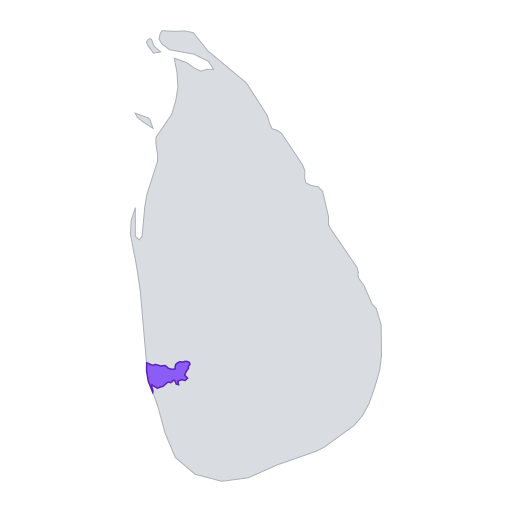 location of Kŏḷamba within Sri Lanka
{"feature_id": "LKA-2470", "entity_name": "Kŏḷamba", "entity_type": "District", "adm_level": 1, "iso_a3": "LKA", "parent_name": "Sri Lanka", "parent_adm1": "", "projection": "albers", "projection_center": [80.037, 6.845], "detail": "fine", "context": "in_parent", "style": "filled", "palette": "violet", "viewbox_px": 512, "rotation_deg": 0, "n_neighbors": 0, "source": "natural_earth", "source_scale": "10m", "svg_char_len": 1990}
<svg xmlns="http://www.w3.org/2000/svg" viewBox="0 0 512 512"><path d="M162.2,30.7L173.3,31.3L185.1,31.0L193.3,32.6L207.5,50.6L246.2,82.7L267.2,115.3L269.2,122.5L272.1,128.7L277.1,130.4L281.4,133.2L302.5,164.7L304.9,170.9L304.6,177.8L305.9,182.9L311.4,185.5L318.2,186.8L322.7,191.5L328.5,216.7L328.5,224.6L330.1,228.0L356.8,267.1L358.3,271.9L358.0,275.5L358.8,278.5L364.0,285.5L372.1,304.1L376.2,308.4L381.1,324.7L381.5,355.9L379.8,369.8L374.9,386.8L369.1,403.4L362.7,415.3L354.0,425.5L324.3,447.1L315.7,451.4L276.9,465.0L248.2,477.8L221.7,481.3L195.2,474.3L175.3,457.5L165.0,432.9L158.1,407.2L147.9,378.6L140.2,290.4L136.5,265.8L130.5,234.4L131.1,220.8L135.3,207.7L135.3,236.4L139.2,239.9L142.1,236.2L144.8,206.6L147.0,194.1L157.5,161.4L157.7,155.6L155.9,143.3L156.0,137.2L171.7,114.3L175.7,101.0L177.9,87.3L177.0,72.6L174.2,58.1L186.8,62.7L193.8,67.8L200.9,71.2L206.6,69.4L213.6,69.4L208.6,61.5L193.9,54.2L169.5,49.7L161.9,43.9L158.9,38.9L160.4,33.1L162.2,30.7ZM149.8,119.5L153.1,128.4L143.6,122.3L137.3,117.3L135.1,113.2L148.1,117.8L149.8,119.5ZM160.7,51.9L153.5,53.2L147.8,45.4L146.5,42.1L147.9,39.8L149.5,38.7L151.4,39.1L154.1,46.3L160.7,51.9Z" fill="#d9dde1" stroke="#a8b0b8" stroke-width="1"/><path d="M152.7,392.3L148.3,381.2L146.8,372.4L146.6,371.5L146.6,363.1L146.7,362.8L149.2,363.8L151.2,364.8L153.2,365.3L154.1,364.8L155.2,364.4L160.9,366.0L162.9,365.7L164.9,365.5L166.5,366.5L167.8,367.8L169.1,368.5L170.5,369.0L172.5,369.2L175.0,369.1L175.2,366.8L175.6,364.6L177.5,362.8L179.8,361.7L182.9,362.1L185.0,361.3L187.5,361.5L189.5,362.5L189.9,364.6L188.3,366.1L188.5,367.2L188.5,368.3L187.1,370.2L185.8,372.2L185.3,373.8L184.7,375.2L187.6,378.2L185.0,380.5L181.6,379.7L177.9,381.3L178.6,384.7L176.3,384.1L174.8,380.6L174.2,380.2L173.5,380.1L172.1,381.8L170.3,382.7L169.0,382.1L167.7,382.2L163.3,386.1L162.0,386.7L160.6,387.0L157.3,388.2L151.9,384.9L151.8,386.8L152.5,389.0L152.9,390.5L152.9,391.9L152.8,392.0L152.7,392.3Z" fill="#8b5cf6" stroke="#5b21b6" stroke-width="1.5"/></svg>